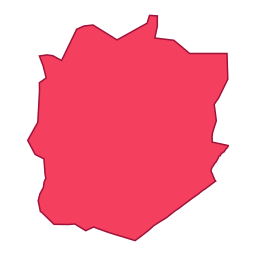 the district of Gagarawa, Jigawa, Nigeria
{"feature_id": "59680162B30447030328077", "entity_name": "Gagarawa", "entity_type": "district", "adm_level": 2, "iso_a3": "NGA", "parent_name": "Nigeria", "parent_adm1": "Jigawa", "projection": "equal_earth", "projection_center": [9.565, 12.485], "detail": "fine", "context": "isolated", "style": "filled", "palette": "rose", "viewbox_px": 256, "rotation_deg": 0, "n_neighbors": 0, "source": "geoboundaries", "source_scale": "gbopen_adm2", "svg_char_len": 1462}
<svg xmlns="http://www.w3.org/2000/svg" viewBox="0 0 256 256"><path d="M39.4,56.0L43.2,66.0L46.2,78.0L39.4,82.7L39.5,91.3L37.8,122.3L27.7,140.4L35.2,154.5L43.9,158.8L45.1,174.2L45.8,178.4L44.1,182.1L43.4,187.4L39.9,194.0L38.2,200.7L40.4,211.5L42.0,212.6L54.0,224.3L68.4,224.5L74.9,224.0L85.7,230.7L93.6,227.0L97.2,228.4L108.4,232.4L116.3,234.9L120.7,236.2L135.1,240.6L141.6,235.8L148.9,230.1L153.8,225.6L160.1,221.6L166.6,217.6L170.7,214.3L172.6,212.8L175.0,210.9L179.8,207.7L182.5,205.5L185.9,203.0L190.7,199.4L194.9,196.4L197.9,194.3L203.1,190.1L204.6,189.3L206.4,187.9L208.0,186.8L209.6,185.6L211.1,184.4L212.5,183.4L215.3,181.3L215.7,181.1L214.2,179.0L214.1,178.1L213.5,177.1L212.9,175.6L212.3,173.8L211.8,172.9L211.4,172.0L211.0,171.2L211.1,170.3L211.5,168.9L212.0,167.3L213.1,166.0L214.0,164.6L215.0,163.0L216.0,162.0L216.6,160.9L217.5,159.4L218.2,158.2L218.8,156.4L219.4,155.9L220.3,155.7L220.8,154.2L221.4,153.6L222.4,152.9L223.2,152.2L224.1,151.8L224.7,150.8L225.5,149.7L225.9,148.8L226.6,148.4L227.3,147.6L227.9,146.6L228.3,145.6L212.2,142.1L212.1,136.2L212.7,132.2L216.3,120.8L215.6,115.1L214.2,104.5L215.6,102.2L218.5,98.2L227.8,79.2L227.0,53.5L189.6,53.5L173.9,40.3L154.8,38.0L157.3,26.4L157.3,19.7L157.4,15.9L156.3,15.9L155.6,15.8L154.2,15.7L152.7,15.6L151.7,15.5L150.6,15.4L149.5,15.4L147.1,23.2L117.0,39.9L93.0,25.0L84.0,26.0L76.7,29.2L61.6,60.5L58.0,58.6L52.8,55.7L47.0,54.9L39.4,56.0Z" fill="#f43f5e" stroke="#9f1239" stroke-width="1.5"/></svg>